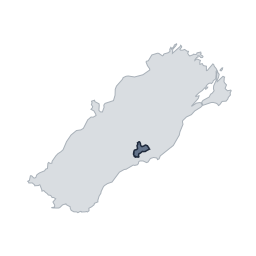 Turkey, with Amasya highlighted, rotated 139°
{"feature_id": "TUR-2290", "entity_name": "Amasya", "entity_type": "Province", "adm_level": 1, "iso_a3": "TUR", "parent_name": "Turkey", "parent_adm1": "", "projection": "robinson", "projection_center": [35.812, 40.638], "detail": "fine", "context": "in_parent", "style": "filled", "palette": "slate", "viewbox_px": 256, "rotation_deg": 139, "n_neighbors": 0, "source": "natural_earth", "source_scale": "10m", "svg_char_len": 4581}
<svg xmlns="http://www.w3.org/2000/svg" viewBox="0 0 256 256"><g transform="rotate(139 128 128)"><path d="M199.2,92.0L202.8,93.2L204.0,92.3L207.2,92.4L210.2,93.1L211.7,91.1L213.8,91.3L214.2,92.3L215.2,92.7L218.3,95.2L218.0,95.5L218.7,96.4L221.4,97.0L221.7,98.3L223.8,100.2L224.9,103.1L224.3,105.2L223.3,106.5L225.0,110.9L224.6,111.5L227.8,112.9L231.8,112.7L233.1,113.3L237.0,116.8L238.1,118.2L235.3,116.5L233.9,117.9L233.2,121.4L229.0,122.0L229.7,124.3L230.9,125.3L230.6,127.4L230.9,128.3L232.1,129.7L232.0,131.6L232.5,133.6L232.6,136.0L234.4,136.8L233.6,137.9L231.8,142.8L232.0,143.2L233.3,143.3L236.3,145.6L235.8,146.3L236.3,149.4L238.9,151.5L238.5,152.5L238.6,153.6L236.8,153.1L233.1,155.9L232.6,155.8L232.1,154.9L231.9,152.1L231.0,151.3L229.8,151.2L227.8,152.4L225.9,152.4L224.0,152.1L219.0,150.4L217.2,151.0L215.3,150.3L211.7,153.8L210.5,154.1L210.0,152.4L208.6,151.4L207.0,152.7L200.7,154.3L197.8,154.6L194.2,154.1L191.2,154.2L183.2,158.1L175.5,160.1L168.6,159.9L164.8,157.5L161.9,157.0L153.0,160.6L148.7,160.5L147.2,159.0L143.9,158.4L143.2,159.8L142.5,163.3L143.7,166.4L141.8,166.6L140.6,167.3L140.3,169.7L138.6,170.6L138.0,172.1L137.7,172.1L135.0,170.9L135.7,169.7L134.0,165.3L134.8,164.0L138.4,160.4L138.3,158.3L136.8,156.9L132.2,159.5L131.8,160.5L130.8,161.3L129.1,161.6L121.0,158.2L116.3,161.2L112.2,165.6L109.2,167.2L100.2,168.4L98.6,169.2L95.5,168.3L93.7,167.1L89.6,162.2L81.8,158.4L73.5,157.5L72.8,158.5L72.4,162.3L71.1,165.9L70.4,166.3L68.5,165.4L62.1,167.5L56.7,165.1L55.8,164.1L54.7,159.9L53.9,159.6L53.0,160.2L52.1,160.2L48.2,158.4L46.1,158.3L44.8,160.0L42.7,160.8L42.7,160.3L43.5,159.1L40.2,159.3L38.5,160.2L36.1,159.7L36.3,159.2L38.2,158.6L42.6,158.0L45.5,155.2L35.0,155.3L34.0,155.9L33.9,154.5L34.5,153.8L37.3,153.3L37.2,152.1L35.5,150.8L33.7,150.1L33.0,147.1L32.1,146.3L32.2,145.9L33.9,145.4L34.3,143.1L34.1,141.8L30.8,140.6L30.0,140.7L29.2,139.5L27.8,138.7L26.6,139.4L23.3,137.6L24.0,136.2L24.8,136.3L25.0,135.2L24.4,133.5L24.5,132.7L25.2,132.4L26.1,132.6L26.9,133.6L26.9,135.6L27.8,136.7L28.5,135.6L30.0,136.2L32.8,135.6L33.3,135.1L31.3,135.1L30.6,134.7L29.0,131.5L30.7,130.5L32.0,128.9L29.7,127.9L30.2,125.7L28.3,123.2L31.1,120.0L31.0,119.6L30.2,119.4L21.9,120.7L21.8,119.3L22.4,118.1L22.5,115.0L22.9,113.4L24.4,112.9L26.4,110.5L29.6,107.6L32.7,107.7L34.0,106.9L35.9,106.8L36.4,108.0L38.0,108.7L40.9,108.6L42.3,107.9L41.0,106.5L42.7,106.0L44.0,106.4L43.3,107.9L43.6,108.0L47.4,107.6L51.3,108.0L55.7,107.8L56.2,107.3L53.2,105.7L55.2,104.4L56.3,104.1L65.5,102.9L65.5,102.6L60.0,101.9L57.1,100.1L56.4,99.1L57.0,96.7L57.7,96.1L59.7,96.0L66.5,97.1L71.4,96.5L76.7,98.0L81.8,97.7L82.8,97.0L84.1,94.7L91.4,91.0L94.0,89.0L105.2,85.1L121.9,85.8L124.8,84.3L126.5,84.8L126.0,85.8L126.1,86.7L128.1,89.0L131.1,90.3L135.2,89.2L136.7,89.7L138.2,93.2L140.8,95.4L142.0,95.5L143.6,94.3L145.1,94.1L147.5,95.4L148.4,96.6L156.4,98.1L158.1,99.2L163.5,100.3L175.5,97.7L179.9,99.5L183.5,100.0L185.1,99.8L189.9,97.7L191.4,96.5L194.4,95.6L198.1,93.3L199.2,92.0ZM45.0,85.6L44.7,87.2L45.3,89.0L46.9,91.4L48.6,92.7L56.6,96.0L55.4,99.1L53.3,99.6L46.4,98.1L43.5,99.3L41.5,99.0L38.6,99.6L37.8,101.5L35.7,103.6L30.0,106.2L24.7,111.5L23.2,112.2L23.9,110.4L23.9,108.8L26.2,107.0L29.4,105.6L30.3,104.4L22.4,104.7L21.7,103.0L22.5,102.7L25.2,99.9L25.5,98.7L25.4,95.9L28.6,94.3L28.8,93.6L28.5,90.8L25.6,89.2L25.7,88.4L27.8,87.6L29.1,85.7L32.2,85.3L33.6,84.4L36.3,83.9L39.5,86.3L43.5,85.4L45.0,85.6ZM20.6,111.3L17.9,111.7L17.1,111.3L18.0,110.5L20.0,109.9L20.7,110.7L20.6,111.3Z" fill="#d9dde1" stroke="#a8b0b8" stroke-width="1"/><path d="M125.7,98.0L129.3,98.9L130.0,98.8L130.4,99.0L132.0,100.2L132.4,100.8L132.8,100.9L133.7,100.9L134.1,100.9L135.6,101.0L136.5,101.4L137.0,101.2L137.4,100.9L137.9,100.6L138.3,100.0L138.5,99.4L139.0,99.1L139.4,99.3L139.7,99.6L139.8,99.9L140.0,100.2L141.3,101.0L140.9,101.2L140.9,101.3L141.0,101.3L140.9,101.6L141.0,101.8L141.2,102.0L141.4,102.2L141.6,102.2L141.8,102.8L141.4,103.3L141.3,103.8L141.2,104.3L140.7,105.0L139.8,105.2L139.7,105.9L139.6,106.0L139.4,106.1L138.4,106.7L137.7,107.0L137.3,106.9L137.1,106.8L136.9,106.7L136.5,106.5L136.2,106.3L135.3,106.1L134.4,106.1L134.1,106.5L133.5,107.5L133.2,108.1L132.9,108.5L132.6,108.9L132.2,109.0L131.9,109.1L131.3,109.3L131.0,109.7L130.5,110.6L130.0,110.4L129.4,110.5L128.8,110.4L128.6,110.3L128.5,110.0L128.4,109.9L128.6,109.0L128.6,108.6L128.7,108.3L129.7,106.9L129.9,105.9L129.9,105.3L129.6,104.7L129.1,104.6L128.2,104.1L126.3,103.8L125.9,103.6L125.6,103.1L125.2,102.1L125.0,101.8L125.2,100.8L125.3,99.4L125.4,99.0L125.6,98.7L125.8,98.4L125.7,98.0Z" fill="#64748b" stroke="#1e293b" stroke-width="1.5"/></g></svg>